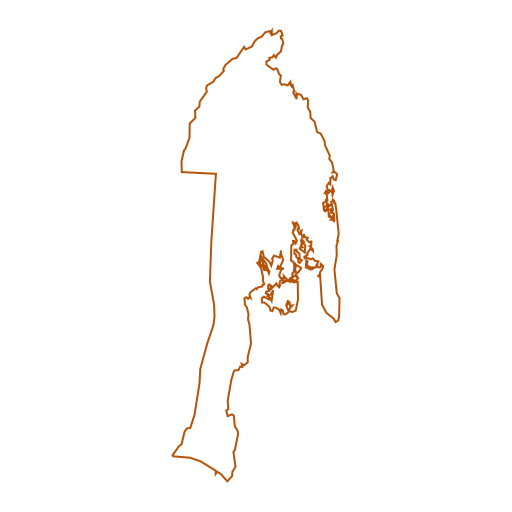 Buton Utara, Sulawesi Tenggara, Indonesia (Equal Earth projection)
{"feature_id": "22746128B51044624823813", "entity_name": "Buton Utara", "entity_type": "district", "adm_level": 2, "iso_a3": "IDN", "parent_name": "Indonesia", "parent_adm1": "Sulawesi Tenggara", "projection": "equal_earth", "projection_center": [123.089, -4.753], "detail": "fine", "context": "isolated", "style": "outline", "palette": "amber", "viewbox_px": 512, "rotation_deg": 0, "n_neighbors": 0, "source": "geoboundaries", "source_scale": "gbopen_adm2", "svg_char_len": 6084}
<svg xmlns="http://www.w3.org/2000/svg" viewBox="0 0 512 512"><path d="M227.3,481.3L232.0,476.2L232.4,471.8L235.5,466.7L233.4,451.8L234.9,450.0L238.1,433.8L237.6,430.8L234.9,426.4L233.7,415.3L231.9,414.4L227.7,416.2L226.2,410.6L228.3,409.2L227.7,400.6L231.3,379.9L233.8,371.6L234.4,370.4L238.4,370.1L240.1,366.7L242.3,367.0L241.7,363.9L244.1,365.3L247.7,362.3L247.7,357.0L251.0,343.7L249.5,324.8L248.0,319.5L248.5,314.3L246.9,307.5L244.9,304.6L244.4,298.3L246.4,297.2L248.0,298.8L249.4,297.1L250.5,297.9L249.4,294.7L250.4,292.2L255.8,288.3L256.8,289.1L257.7,287.5L262.4,286.4L262.4,285.1L264.2,284.1L262.8,280.5L263.2,278.1L261.0,267.9L257.2,262.9L259.1,262.0L261.1,251.7L262.5,251.3L263.9,257.0L269.5,261.9L271.2,265.7L272.8,260.5L272.1,259.0L273.9,255.6L279.8,257.6L281.0,250.5L281.0,253.8L283.2,259.8L279.9,267.4L283.8,268.9L281.3,269.0L279.2,275.3L280.4,278.0L284.2,278.2L283.9,276.0L287.2,279.8L290.3,279.9L290.0,278.4L292.6,276.6L292.2,273.4L293.6,272.7L294.4,266.1L293.4,261.7L291.1,260.7L291.3,245.3L293.5,243.9L292.9,240.8L294.3,240.9L295.7,243.4L296.8,240.4L292.8,232.8L293.4,229.8L294.4,229.6L294.4,226.7L292.4,221.5L294.2,224.2L294.9,228.3L295.9,226.3L295.3,223.2L296.5,222.5L298.5,225.7L299.1,228.6L298.1,228.1L297.4,229.6L299.4,234.2L300.7,233.4L300.8,231.1L301.6,230.6L301.1,233.7L302.9,237.5L305.0,237.2L303.8,236.1L304.0,234.0L304.2,236.2L307.2,238.3L308.3,237.1L306.6,239.7L308.8,241.8L311.3,241.7L311.4,243.0L311.0,241.9L310.3,242.6L311.4,243.8L311.2,245.5L309.6,246.2L312.7,249.0L313.0,251.1L310.5,248.7L307.3,252.9L307.6,254.8L304.3,256.8L304.6,258.2L306.3,257.3L310.6,259.4L312.9,258.4L314.7,260.6L318.4,261.4L316.4,265.5L317.3,265.0L317.5,267.0L319.9,267.5L321.1,266.2L320.5,264.0L320.7,263.7L323.1,266.0L322.6,268.6L319.9,272.4L322.0,304.5L326.3,312.7L333.8,318.8L335.5,322.0L337.9,320.9L339.1,317.1L339.5,298.2L336.8,293.3L334.4,269.5L336.7,255.4L336.5,245.5L337.8,241.7L337.9,239.7L337.0,242.0L338.7,233.7L336.3,210.5L335.3,203.2L334.2,203.1L334.3,200.9L332.8,199.6L332.6,201.3L331.2,201.8L333.0,209.6L332.3,212.0L331.0,211.4L330.8,212.6L333.9,213.5L334.3,220.8L333.7,221.9L333.7,219.8L331.2,219.7L333.0,218.3L332.6,216.3L331.2,217.6L329.9,215.5L329.7,217.1L328.8,216.6L328.2,208.2L326.6,210.3L325.3,211.4L324.0,210.3L323.1,202.9L325.3,202.0L326.3,198.8L326.7,201.6L327.5,200.5L326.6,193.8L324.8,193.2L326.0,190.9L328.2,193.3L330.0,191.5L329.5,190.1L328.1,190.5L326.6,186.4L328.8,182.9L330.3,184.4L330.4,177.0L330.8,178.5L332.7,176.2L333.9,179.6L335.7,180.1L337.2,174.2L335.1,172.3L332.5,172.4L333.7,170.9L332.9,166.0L332.0,162.5L329.3,159.0L329.8,155.6L325.0,145.4L324.6,141.1L320.7,133.6L317.1,132.0L314.5,121.6L310.7,118.1L310.2,111.9L307.7,107.4L308.2,100.8L307.0,98.2L303.5,99.3L301.0,94.9L298.2,94.0L297.2,94.9L296.5,93.8L296.7,99.1L293.2,92.4L294.1,91.1L292.7,85.3L291.8,86.3L291.4,84.6L290.5,85.0L290.3,81.9L287.6,85.4L284.2,84.2L281.8,84.9L279.9,81.9L280.8,75.5L279.1,74.1L277.2,69.0L275.7,68.2L273.4,69.8L266.5,64.6L266.3,61.7L269.7,59.7L269.3,57.8L272.4,57.3L273.8,55.1L275.9,57.6L277.0,55.0L280.9,51.4L282.1,45.3L283.4,43.7L282.1,38.8L280.9,38.4L280.8,36.2L282.6,35.5L281.1,30.9L278.7,30.7L276.9,33.0L271.8,35.2L271.8,30.7L270.4,32.9L269.6,31.1L265.3,32.3L261.5,36.8L257.9,38.2L254.7,41.2L251.8,46.6L245.6,49.4L244.1,46.9L236.5,58.0L232.7,58.8L225.6,64.8L223.3,68.7L223.8,70.9L219.4,75.8L215.4,78.2L213.5,81.6L207.1,85.4L206.1,88.0L206.8,91.7L199.8,101.6L199.3,106.7L195.0,110.6L195.4,117.8L189.7,123.5L189.5,137.7L185.5,148.7L184.1,150.2L181.5,161.3L181.8,172.1L215.9,173.8L211.3,242.1L209.9,281.6L214.1,304.8L214.5,316.7L213.3,325.5L207.2,343.6L200.3,368.9L199.5,383.4L194.5,414.9L190.3,427.9L186.9,428.4L184.6,431.5L181.5,444.4L179.2,445.9L172.5,455.2L173.2,456.3L189.8,457.7L200.3,461.2L215.7,470.7L215.7,473.9L217.3,471.8L220.9,474.1L227.3,481.3ZM283.6,281.2L281.8,279.6L280.0,281.2L279.3,285.2L280.1,285.2L279.0,287.8L278.8,288.1L279.1,286.5L277.3,285.7L276.4,283.4L269.3,290.8L266.3,291.5L265.8,293.3L267.7,293.8L267.4,295.9L270.8,294.6L273.2,290.2L271.6,300.9L270.6,298.9L268.8,299.5L263.8,296.6L261.8,298.4L261.9,302.5L264.4,302.5L269.5,306.8L270.4,310.5L272.3,311.1L273.7,307.6L275.2,307.4L279.2,309.7L280.7,313.2L281.3,309.5L282.9,310.7L283.5,314.2L285.4,314.4L288.8,311.9L286.2,305.5L288.1,300.2L288.0,304.1L289.6,302.6L290.1,305.8L292.4,305.4L289.5,308.7L289.1,311.0L292.4,312.0L295.7,310.6L298.0,299.6L297.7,281.7L293.3,282.4L292.0,280.6L290.4,282.1L287.6,280.4L286.8,281.9L287.2,280.5L286.3,280.1L285.0,282.0L283.8,280.5L283.5,282.5L282.8,283.1L282.3,282.9L283.6,281.2ZM296.5,249.7L294.5,249.7L294.5,253.8L295.8,254.4L296.5,257.5L298.0,258.1L298.5,262.4L299.8,262.9L301.8,260.2L299.8,259.1L299.4,253.6L296.9,251.6L296.5,249.7ZM302.2,241.3L301.6,239.3L301.0,240.5L301.9,244.5L300.9,245.1L302.6,247.3L300.1,247.5L299.7,248.7L304.8,252.5L305.3,245.5L303.3,243.1L304.1,242.1L303.0,240.7L302.2,241.3ZM301.1,267.8L296.1,264.9L295.1,269.5L295.8,272.1L297.6,273.0L301.0,268.8L301.1,267.8ZM310.0,267.2L306.9,265.2L307.5,261.1L306.4,260.2L305.8,267.5L311.2,269.6L314.8,267.6L310.0,267.2ZM298.2,278.3L296.1,274.7L295.9,276.3L295.0,275.4L290.8,278.9L295.5,280.9L298.2,278.3ZM263.2,263.8L262.4,261.2L263.0,259.4L261.2,256.4L259.9,263.7L261.6,265.6L263.2,263.8ZM267.4,268.0L266.3,263.8L263.1,259.5L263.3,264.4L267.4,268.0ZM328.1,206.5L327.2,202.8L326.4,206.5L324.4,206.7L323.9,209.0L326.2,210.5L328.1,206.5ZM269.3,289.9L271.3,285.9L269.2,284.4L268.2,285.5L268.0,288.4L269.3,289.9ZM332.5,194.9L334.0,190.9L332.7,187.4L331.7,190.7L332.5,194.9ZM264.3,265.9L262.9,266.4L264.0,269.9L266.6,270.3L266.6,268.1L264.7,267.8L264.3,265.9ZM278.1,266.0L277.1,268.9L279.1,268.9L279.3,267.2L278.1,266.0ZM268.9,273.5L269.5,271.7L268.4,269.8L267.9,270.7L268.9,273.5ZM295.4,264.0L294.3,262.8L295.1,265.4L295.4,264.0ZM331.0,210.9L331.6,209.7L331.3,209.0L330.4,209.5L331.0,210.9ZM260.2,259.1L260.9,256.2L260.8,255.5L260.2,256.9L260.2,259.1ZM330.9,204.9L329.6,204.8L330.0,205.8L330.9,204.9ZM269.5,298.5L269.8,297.3L269.2,296.9L268.9,297.7L269.5,298.5ZM319.2,274.5L318.2,275.8L318.6,277.3L318.8,275.4L319.2,274.5Z" fill="none" stroke="#b45309" stroke-width="2"/></svg>